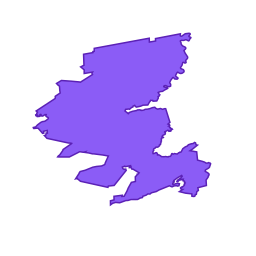 Plāņu pag., Strencu, Latvia, rotated 341°
{"feature_id": "27541924B27973755781373", "entity_name": "Plāņu pag.", "entity_type": "district", "adm_level": 2, "iso_a3": "LVA", "parent_name": "Latvia", "parent_adm1": "Strencu", "projection": "robinson", "projection_center": [25.864, 57.579], "detail": "fine", "context": "isolated", "style": "filled", "palette": "violet", "viewbox_px": 256, "rotation_deg": 341, "n_neighbors": 0, "source": "geoboundaries", "source_scale": "gbopen_adm2", "svg_char_len": 5887}
<svg xmlns="http://www.w3.org/2000/svg" viewBox="0 0 256 256"><g transform="rotate(341 128 128)"><path d="M186.2,163.3L184.7,163.9L182.6,163.5L179.6,163.5L178.3,164.3L176.0,164.5L173.1,165.4L170.7,167.7L169.9,168.1L169.2,167.7L168.5,168.0L167.9,167.9L166.1,168.6L164.1,167.6L163.7,167.3L162.2,167.4L161.4,166.5L161.1,166.5L160.4,167.1L160.4,167.4L159.2,168.4L158.7,168.6L157.5,168.2L156.5,168.4L154.0,167.1L153.0,167.0L150.4,166.0L150.0,165.6L149.9,165.1L148.6,163.6L147.3,163.1L147.6,162.7L147.3,162.3L147.3,161.3L147.0,160.7L146.5,160.4L144.2,160.6L143.4,160.4L143.4,159.9L144.1,158.2L145.2,157.4L145.1,156.6L145.7,156.0L147.3,155.8L148.2,155.2L149.6,155.7L150.4,155.7L152.1,155.0L152.2,154.3L153.4,154.1L153.8,153.1L154.4,152.7L154.7,151.6L155.4,151.2L155.5,150.3L156.0,149.5L155.9,149.1L157.0,148.4L158.0,148.6L158.4,148.4L158.0,147.8L157.3,147.5L157.6,146.9L158.5,146.3L160.0,146.1L160.9,146.1L161.3,145.4L161.8,144.9L161.8,144.3L161.3,143.8L161.4,143.6L164.9,143.1L165.5,143.6L165.7,144.1L165.6,144.4L167.4,144.9L167.7,144.5L167.5,144.0L168.5,144.0L169.0,143.6L169.5,143.6L169.2,142.8L168.3,142.4L168.2,141.6L167.6,141.3L167.7,140.8L167.5,140.5L167.8,139.9L167.2,139.5L168.3,139.2L168.3,138.4L167.1,137.3L169.5,136.3L169.9,122.0L168.8,121.6L166.8,121.6L165.0,120.1L162.1,119.8L160.6,118.3L160.1,117.1L157.7,116.7L155.0,116.8L152.4,116.5L150.3,115.9L148.8,116.2L146.7,115.9L146.6,115.6L145.7,115.4L145.3,114.7L142.7,114.0L141.9,114.3L137.9,113.7L134.6,113.7L132.9,114.5L132.7,113.7L132.4,113.7L130.7,110.9L131.8,109.6L135.0,110.3L135.6,110.8L138.0,109.8L139.5,109.7L139.8,109.0L141.7,108.8L142.0,110.1L142.8,111.0L147.1,111.5L149.6,111.3L154.2,112.7L157.1,110.2L157.5,110.1L158.3,109.2L160.4,110.0L160.4,110.8L164.0,111.8L166.4,109.6L166.7,108.0L167.7,108.0L168.9,107.0L168.7,106.8L168.3,105.7L168.1,104.2L170.5,104.1L172.6,104.6L174.9,104.0L178.4,103.5L178.3,102.9L177.9,102.6L175.6,101.0L175.3,100.6L175.4,100.2L175.8,100.0L176.5,99.9L177.6,100.2L178.9,101.6L179.8,102.2L180.9,102.4L181.9,102.3L182.5,101.0L182.5,99.9L182.2,99.3L182.3,98.5L183.9,96.8L186.7,94.9L187.1,94.9L187.4,95.2L187.7,95.6L187.8,96.4L188.2,96.9L190.3,97.8L191.3,97.5L191.5,97.1L191.3,96.4L190.4,95.4L190.0,94.3L190.4,93.4L192.6,91.5L193.2,91.4L193.4,91.6L194.5,92.9L195.7,93.7L197.3,93.8L199.1,93.2L199.6,92.4L199.4,90.9L197.2,88.9L197.2,88.3L197.3,88.0L199.5,86.3L201.1,83.9L202.3,84.1L202.5,84.6L203.0,85.2L204.0,85.1L204.4,84.7L204.3,83.8L204.4,83.2L205.2,82.5L206.8,81.6L207.3,81.0L207.5,80.1L206.4,75.8L206.1,73.0L208.1,72.0L208.6,71.5L208.7,71.0L208.5,70.3L206.4,68.2L205.9,67.2L205.6,65.9L205.9,64.6L205.7,63.0L206.0,62.6L207.1,62.5L209.1,63.3L211.3,63.3L211.9,63.6L213.5,65.3L214.1,65.3L214.6,64.9L215.4,64.0L216.7,63.3L216.9,62.9L216.5,62.4L215.5,61.6L215.4,61.3L215.5,60.9L215.9,60.6L217.4,59.5L217.4,58.9L216.6,58.3L212.8,57.5L208.9,58.6L208.3,58.6L207.5,58.0L207.5,57.5L208.2,56.0L183.1,52.4L182.4,54.7L176.2,53.7L177.3,50.0L122.0,41.7L121.0,44.5L119.7,44.3L119.4,45.3L110.0,43.8L106.8,54.3L103.1,54.8L105.5,58.7L104.3,62.2L112.7,63.6L111.8,64.4L111.7,65.2L111.8,65.9L97.8,69.2L97.2,68.7L89.9,65.4L80.5,61.4L74.9,62.6L75.8,64.7L76.2,65.1L76.8,66.2L75.7,70.4L75.3,72.8L69.6,74.3L69.4,74.5L69.3,75.3L68.7,76.4L46.7,82.0L47.6,83.5L46.5,84.4L46.4,84.9L46.5,85.3L45.0,85.5L44.9,86.3L45.7,87.2L46.3,86.9L46.8,87.3L46.4,87.8L48.0,88.2L48.9,88.1L48.8,87.0L49.5,86.6L50.1,86.9L50.1,87.8L50.3,88.5L50.6,88.8L51.7,88.9L54.0,88.3L54.7,88.6L55.0,88.7L54.3,89.6L54.3,90.2L54.7,90.9L55.9,92.1L56.0,92.6L55.7,93.1L55.1,93.5L52.2,94.4L51.2,94.5L49.1,94.1L47.3,94.3L43.4,95.6L41.1,96.9L38.6,96.7L38.6,97.6L38.7,97.8L42.1,98.6L43.0,99.1L45.5,105.3L46.8,105.4L47.0,103.6L50.8,104.0L50.1,106.6L49.0,106.1L47.9,108.0L46.5,107.9L48.0,111.4L66.8,122.8L69.0,123.7L69.7,124.2L69.2,124.5L59.6,127.2L59.0,128.1L54.7,131.2L52.9,131.8L52.1,132.4L53.5,133.0L63.1,136.3L74.6,134.7L77.9,136.4L80.0,136.6L79.2,137.0L82.9,138.9L86.0,140.9L87.2,141.3L95.5,145.4L100.3,148.1L95.3,153.4L94.2,154.9L94.0,155.0L90.7,155.3L85.7,154.1L81.9,153.6L73.7,154.0L68.6,153.6L67.4,154.4L67.0,155.0L61.9,159.0L63.6,159.2L63.5,159.6L64.1,160.2L65.7,162.9L89.7,177.6L90.5,176.5L96.2,177.8L112.5,167.5L112.5,166.1L111.4,166.2L111.0,165.9L111.1,165.7L110.5,165.5L109.9,164.7L109.9,163.1L112.5,163.0L112.8,163.3L112.8,163.7L116.8,164.2L116.3,165.9L117.0,166.0L117.4,164.3L118.2,164.4L118.1,165.0L118.3,165.4L117.9,166.3L118.3,168.2L119.3,168.5L123.9,174.0L122.2,174.9L121.7,174.6L121.0,175.5L119.0,176.5L117.6,181.0L113.5,180.5L108.7,184.8L106.5,187.3L102.1,191.3L99.9,190.7L100.6,189.7L92.5,188.0L91.4,191.4L87.7,191.1L86.4,195.0L89.0,194.2L92.0,194.3L95.8,196.0L102.3,195.9L104.4,196.5L107.5,196.6L113.8,198.7L116.9,198.2L118.8,198.5L119.1,198.4L119.7,197.4L123.3,197.4L125.3,196.8L127.3,197.6L129.1,196.9L134.1,197.3L137.2,196.7L148.4,196.1L149.1,196.9L150.5,198.0L153.0,197.8L155.1,198.4L156.0,199.1L157.4,199.2L158.5,197.4L157.5,196.8L157.1,196.2L152.4,196.2L152.0,196.0L152.3,194.8L153.9,194.2L154.2,193.6L153.6,193.3L154.4,192.5L158.9,191.1L163.3,190.3L163.5,191.3L161.9,192.3L157.8,193.5L157.0,194.3L158.0,194.7L160.1,193.8L161.1,194.4L161.6,193.9L163.6,194.4L163.0,195.2L162.8,195.7L163.7,196.2L163.6,196.5L164.1,197.5L163.6,198.1L164.1,198.6L162.7,199.7L162.9,200.2L162.2,200.7L160.5,201.4L160.5,201.2L159.9,201.2L158.3,201.6L158.0,202.5L158.4,202.6L158.9,203.6L159.6,203.9L155.9,204.9L161.1,208.3L166.9,211.1L166.2,213.3L167.7,214.1L168.8,214.3L169.2,214.0L170.0,212.9L171.0,213.0L172.4,210.5L174.2,210.0L174.6,207.2L183.4,207.9L184.9,202.6L187.7,200.6L188.2,199.6L188.8,199.4L189.6,198.2L189.6,197.8L188.9,196.4L187.0,194.3L186.9,193.9L187.6,192.9L191.0,192.2L192.2,191.7L194.5,188.7L194.3,188.0L193.2,187.3L193.1,187.0L191.5,187.0L190.4,186.6L189.3,185.2L187.5,183.8L183.3,181.0L185.2,172.9L179.3,169.7L182.3,168.9L188.1,166.8L187.3,166.3L186.9,165.8L187.0,164.0L186.2,163.3Z" fill="#8b5cf6" stroke="#5b21b6" stroke-width="1.5"/></g></svg>